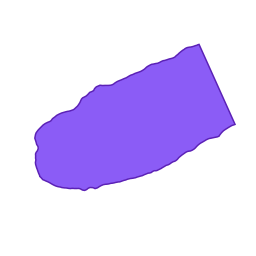 South Ari, Maldives, rotated 64°
{"feature_id": "70690204B29165248779959", "entity_name": "South Ari", "entity_type": "district", "adm_level": 2, "iso_a3": "MDV", "parent_name": "Maldives", "parent_adm1": "", "projection": "equal_earth", "projection_center": [72.841, 3.685], "detail": "fine", "context": "isolated", "style": "filled", "palette": "violet", "viewbox_px": 256, "rotation_deg": 64, "n_neighbors": 0, "source": "geoboundaries", "source_scale": "gbopen_adm2", "svg_char_len": 3013}
<svg xmlns="http://www.w3.org/2000/svg" viewBox="0 0 256 256"><g transform="rotate(64 128 128)"><path d="M84.0,27.5L83.8,28.8L83.8,30.1L83.5,31.4L83.4,32.7L83.1,34.6L82.7,36.2L82.3,37.3L81.8,39.0L81.6,40.5L81.7,42.1L82.0,43.2L82.1,44.8L82.6,47.1L82.9,48.3L83.2,49.5L83.6,50.5L84.0,52.3L84.3,53.5L84.7,54.5L84.8,55.5L84.8,56.5L84.7,57.5L84.5,58.6L84.2,59.8L83.9,61.5L83.7,63.3L83.3,65.7L82.9,66.9L82.8,68.8L82.9,71.2L82.8,73.0L82.2,74.8L81.7,77.0L81.1,78.9L81.1,80.6L81.2,82.9L81.4,84.5L81.9,86.1L82.3,87.4L82.6,89.8L82.7,91.7L82.5,93.9L82.0,97.7L82.0,100.3L81.7,102.6L81.8,104.4L82.1,107.5L81.9,109.9L81.8,113.0L81.6,115.4L81.5,117.2L81.7,119.4L81.9,120.6L82.2,121.8L82.2,122.8L82.1,124.2L81.7,125.5L81.1,127.0L79.9,129.4L78.7,132.2L77.3,134.4L77.1,138.4L77.9,140.7L79.3,142.5L79.4,144.4L79.2,146.8L80.3,149.5L80.9,151.5L81.0,153.3L81.0,155.5L81.6,157.1L82.7,158.5L84.0,160.0L85.4,162.3L86.2,163.8L86.9,166.2L87.5,168.1L87.6,169.3L87.3,172.0L87.0,173.7L86.5,175.2L86.2,176.6L85.8,178.8L85.4,181.1L85.3,184.0L85.4,186.7L85.9,188.4L86.5,191.7L87.7,194.0L87.9,195.5L87.7,197.5L87.7,198.9L87.7,200.4L88.1,203.0L89.0,205.6L89.7,207.6L90.4,209.5L91.1,210.9L92.0,212.6L93.2,213.9L94.8,215.1L96.3,216.2L98.2,216.5L100.4,216.8L102.7,217.3L105.2,217.0L106.9,217.6L107.9,218.5L108.9,219.7L109.6,221.2L110.8,222.5L112.7,223.3L114.6,224.3L116.3,224.8L118.5,226.4L120.3,227.0L122.7,227.4L123.8,227.6L125.4,227.7L127.8,228.0L129.8,228.2L131.6,228.2L132.9,228.5L134.2,228.0L135.7,227.6L137.1,227.2L138.3,226.1L139.8,224.9L140.8,224.0L141.6,223.3L143.0,222.3L144.4,221.4L145.6,220.6L147.2,219.4L148.6,218.2L149.9,216.8L150.8,215.6L151.3,214.8L152.5,213.6L154.0,211.3L154.6,210.2L155.3,209.1L156.2,207.9L157.1,206.5L157.7,204.8L158.2,203.8L159.0,202.5L159.9,200.6L160.8,198.6L161.9,197.4L162.9,196.8L164.0,195.9L165.1,194.3L165.2,192.2L164.7,190.2L164.8,188.3L165.9,186.2L166.6,185.3L168.0,184.2L168.4,181.7L168.1,179.5L168.0,177.4L168.1,175.1L168.6,173.2L169.2,171.7L169.8,169.9L170.2,167.7L170.8,166.1L171.2,164.7L171.5,163.1L172.2,160.5L172.8,159.0L173.1,156.3L173.3,154.6L173.7,152.9L173.8,151.0L174.2,149.2L174.4,148.2L175.2,145.9L175.6,144.4L176.0,142.9L176.1,141.3L176.4,139.7L176.7,137.9L177.1,136.1L177.1,133.9L177.3,131.4L177.4,129.6L177.9,128.5L178.2,126.8L178.0,125.6L177.8,123.9L178.1,122.6L178.5,122.0L178.9,120.7L178.9,119.1L178.9,117.3L178.9,116.0L178.7,114.5L178.6,113.3L178.5,111.8L178.3,110.2L178.5,109.1L178.7,107.7L178.6,106.2L178.2,103.9L178.1,102.2L178.4,100.4L178.2,98.7L177.8,97.3L177.1,95.8L176.7,94.7L176.3,93.0L176.0,91.8L175.6,89.4L175.3,87.6L175.1,85.9L175.2,84.6L175.5,83.5L176.0,82.0L176.1,80.2L175.9,77.9L175.4,76.1L174.7,74.5L174.1,72.7L173.6,70.7L173.4,69.3L173.3,67.3L173.1,64.7L172.9,63.0L172.9,61.4L173.0,59.8L173.5,58.0L173.9,56.4L174.4,54.4L174.8,52.9L175.2,51.3L175.2,49.6L174.6,48.8L174.0,47.6L173.4,46.4L172.8,44.8L172.3,43.3L172.0,41.3L171.8,39.5L171.6,37.8L171.4,35.4L171.3,33.5L171.5,32.0L171.7,30.4L171.7,30.2L84.0,27.5Z" fill="#8b5cf6" stroke="#5b21b6" stroke-width="1.5"/></g></svg>